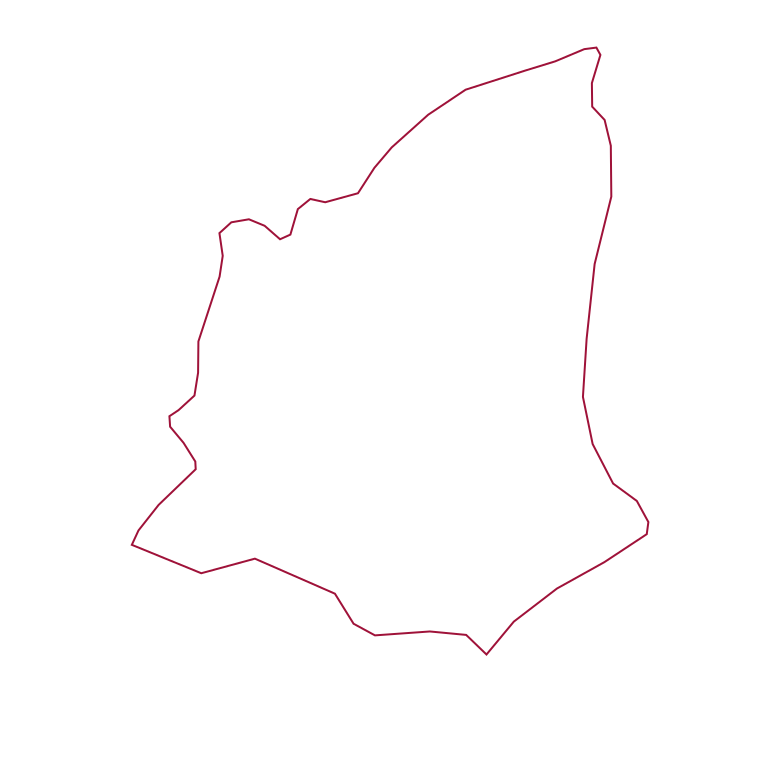 the district of Valentín, Salto, Uruguay, rotated 258°
{"feature_id": "84410073B27014613956982", "entity_name": "Valentín", "entity_type": "district", "adm_level": 2, "iso_a3": "URY", "parent_name": "Uruguay", "parent_adm1": "Salto", "projection": "mercator", "projection_center": [-57.163, -31.313], "detail": "fine", "context": "isolated", "style": "outline", "palette": "rose", "viewbox_px": 768, "rotation_deg": 258, "n_neighbors": 0, "source": "geoboundaries", "source_scale": "gbopen_adm2", "svg_char_len": 860}
<svg xmlns="http://www.w3.org/2000/svg" viewBox="0 0 768 768"><g transform="rotate(258 384 384)"><path d="M98.1,428.0L124.6,461.6L148.0,510.7L164.0,562.7L182.5,609.8L194.0,613.9L217.0,607.0L239.0,587.4L281.9,575.6L330.0,575.9L386.1,591.6L457.6,615.0L520.0,645.3L569.9,655.4L596.4,654.7L612.0,645.3L635.1,649.9L660.9,664.1L668.9,661.7L669.9,649.5L664.0,618.5L661.2,587.1L654.9,525.0L638.2,483.2L613.8,440.7L597.5,419.6L576.0,398.2L574.0,364.3L580.3,350.4L573.0,336.1L549.6,323.5L547.2,312.4L563.6,300.1L573.2,286.1L573.9,268.3L565.8,254.4L542.9,252.9L523.2,245.5L464.2,211.3L433.7,204.5L412.1,196.2L401.2,177.7L397.1,167.4L386.7,165.9L368.1,175.7L347.4,183.3L339.8,182.1L312.6,138.4L291.8,113.4L279.1,103.9L236.9,165.9L240.0,221.4L189.1,292.4L155.8,304.4L140.0,322.9L132.4,377.4L121.5,412.2L98.1,428.0Z" fill="none" stroke="#9f1239" stroke-width="2"/></g></svg>